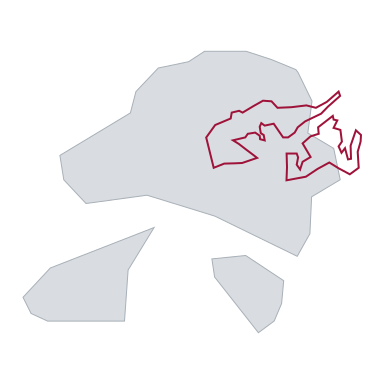 Hong Kong S.A.R., with Tai Po highlighted
{"feature_id": "HKG-5169", "entity_name": "Tai Po", "entity_type": "state/province", "adm_level": 1, "iso_a3": "HKG", "parent_name": "Hong Kong S.A.R.", "parent_adm1": "", "projection": "natural_earth1", "projection_center": [114.263, 22.454], "detail": "fine", "context": "in_parent", "style": "outline", "palette": "rose", "viewbox_px": 384, "rotation_deg": 0, "n_neighbors": 0, "source": "natural_earth", "source_scale": "10m", "svg_char_len": 1624}
<svg xmlns="http://www.w3.org/2000/svg" viewBox="0 0 384 384"><path d="M135.9,91.7L137.7,89.7L158.3,68.0L188.6,61.7L204.5,51.3L246.2,51.3L271.8,59.7L295.9,69.6L298.2,72.8L312.0,101.1L307.8,133.0L333.7,148.4L340.2,179.7L311.6,196.8L309.9,233.7L297.2,256.3L214.8,216.1L147.0,195.2L86.0,203.5L63.8,179.8L59.9,155.4L130.4,112.9L135.9,91.7ZM124.5,321.1L47.6,321.1L31.1,313.5L23.0,297.3L50.3,268.0L154.1,227.5L128.1,270.0L124.5,321.1ZM274.2,321.0L258.4,332.7L214.6,277.0L211.9,258.9L245.7,255.5L283.7,280.7L281.6,303.5L274.2,321.0Z" fill="#d9dde1" stroke="#a8b0b8" stroke-width="1"/><path d="M338.6,91.6L340.1,95.9L328.1,106.5L321.1,113.7L313.6,117.3L305.1,121.4L297.7,127.3L294.7,132.6L288.1,137.4L283.1,137.4L273.7,123.7L264.7,125.6L261.3,123.1L259.7,126.8L260.8,133.2L263.7,135.0L264.7,140.4L260.1,139.2L259.7,135.7L255.2,132.6L247.8,133.8L245.3,137.4L233.0,140.3L238.8,143.9L245.8,149.3L253.9,155.4L257.1,157.9L242.1,163.0L235.1,163.3L224.2,163.6L213.7,167.8L206.2,137.5L215.2,125.0L230.7,118.5L231.7,112.6L239.1,110.8L242.6,112.6L253.6,106.0L263.0,100.7L271.5,101.3L277.5,107.8L291.4,107.2L306.4,105.4L315.9,107.8L326.8,101.9L338.6,91.6ZM286.6,153.5L296.7,153.5L298.1,157.4L296.7,164.7L300.1,169.5L302.6,161.8L310.6,157.0L302.6,143.4L310.6,136.3L318.7,133.8L318.1,127.3L332.8,115.9L333.6,119.6L337.3,120.4L333.6,127.9L340.4,129.9L341.9,141.6L338.6,146.4L341.5,152.8L345.0,148.2L348.0,159.4L351.0,158.8L350.6,145.7L355.9,130.3L361.0,135.0L360.6,141.6L357.7,151.8L358.7,167.8L349.8,174.3L338.8,168.4L329.3,162.5L317.4,169.0L305.9,176.7L286.5,180.3L287.0,167.2L286.6,153.5Z" fill="none" stroke="#9f1239" stroke-width="2"/></svg>